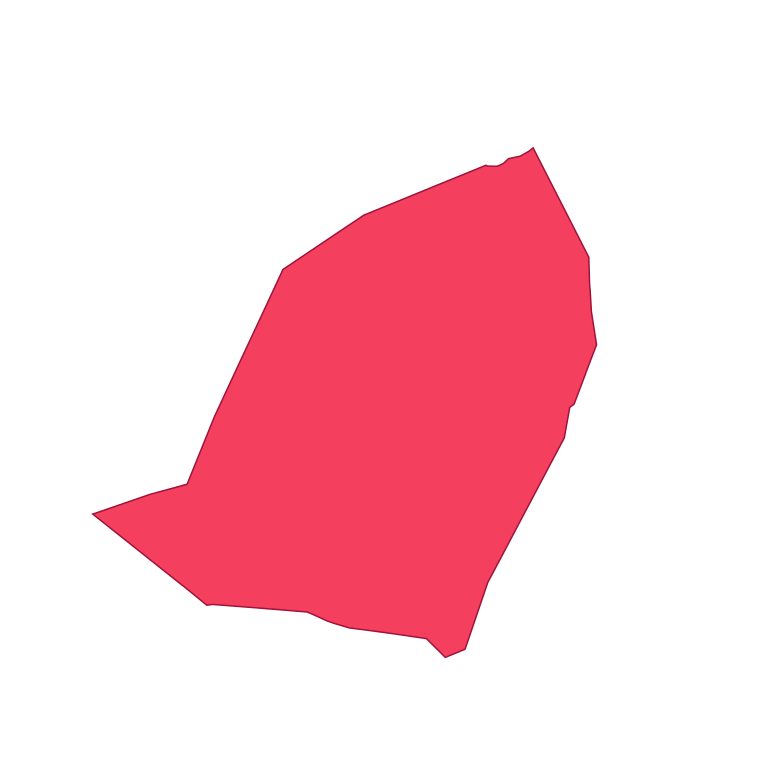 outline of Santa María Apazco, Oaxaca, Mexico, rotated 28°
{"feature_id": "50627088B71489452682156", "entity_name": "Santa María Apazco", "entity_type": "district", "adm_level": 2, "iso_a3": "MEX", "parent_name": "Mexico", "parent_adm1": "Oaxaca", "projection": "natural_earth1", "projection_center": [-97.074, 17.63], "detail": "fine", "context": "isolated", "style": "filled", "palette": "rose", "viewbox_px": 768, "rotation_deg": 28, "n_neighbors": 0, "source": "geoboundaries", "source_scale": "gbopen_adm2", "svg_char_len": 866}
<svg xmlns="http://www.w3.org/2000/svg" viewBox="0 0 768 768"><g transform="rotate(28 384 384)"><path d="M561.3,312.5L557.7,284.5L557.3,280.9L557.0,279.6L554.6,260.5L553.3,249.6L533.2,222.8L522.6,205.4L518.7,199.4L505.3,175.9L404.8,105.5L402.7,110.4L397.3,118.9L388.2,126.5L385.8,133.4L383.6,136.3L381.7,138.6L377.8,140.6L373.1,143.0L371.3,143.0L338.4,182.5L286.9,244.4L272.7,270.9L241.0,330.3L243.6,378.2L246.1,427.2L249.6,492.3L257.2,564.9L229.2,591.3L187.9,635.6L300.6,656.5L301.1,656.5L331.4,662.5L336.2,659.1L362.3,647.7L399.2,631.7L422.5,621.7L422.9,621.5L423.2,621.4L423.8,621.3L424.1,621.4L425.7,621.1L442.0,620.1L445.0,619.9L452.2,618.8L467.7,615.7L503.0,602.5L540.9,588.9L566.5,596.6L580.1,580.1L568.8,510.5L568.8,485.9L568.8,475.6L568.7,450.9L568.5,375.1L568.5,347.0L559.0,317.4L561.3,312.5Z" fill="#f43f5e" stroke="#9f1239" stroke-width="1.5"/></g></svg>